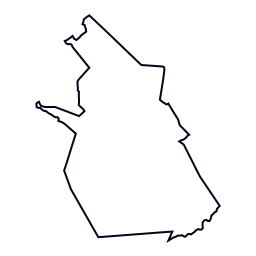 outline of Sumé, Paraíba, Brazil
{"feature_id": "56859067B85735836369597", "entity_name": "Sumé", "entity_type": "district", "adm_level": 2, "iso_a3": "BRA", "parent_name": "Brazil", "parent_adm1": "Paraíba", "projection": "robinson", "projection_center": [-36.914, -7.646], "detail": "fine", "context": "isolated", "style": "outline", "palette": "ink", "viewbox_px": 256, "rotation_deg": 0, "n_neighbors": 0, "source": "geoboundaries", "source_scale": "gbopen_adm2", "svg_char_len": 1746}
<svg xmlns="http://www.w3.org/2000/svg" viewBox="0 0 256 256"><path d="M39.0,101.8L37.4,102.6L36.3,103.8L36.7,107.1L38.5,107.9L40.2,107.8L41.4,109.2L43.8,110.8L45.9,111.1L48.7,113.3L51.2,114.5L52.7,115.6L55.1,117.2L57.6,117.3L58.7,118.6L58.4,121.0L61.9,122.1L64.8,124.0L75.8,133.6L66.1,164.6L64.1,170.5L70.9,189.2L78.6,202.7L91.3,224.9L98.3,237.2L165.9,232.0L172.3,231.6L168.4,240.6L170.1,239.6L171.8,238.5L173.7,237.4L175.9,236.7L177.6,235.6L179.6,235.7L182.0,235.2L183.7,236.2L185.2,236.8L186.5,235.6L187.6,234.4L189.1,233.9L191.0,234.4L192.9,233.0L194.4,232.1L195.5,230.7L198.1,229.1L199.9,229.6L201.5,229.6L202.8,228.2L202.6,225.6L202.6,222.5L204.3,220.3L206.4,219.9L207.8,221.0L209.5,221.0L210.5,219.3L211.1,217.2L211.6,215.2L213.1,214.1L214.7,212.3L216.5,211.4L216.8,209.1L218.2,207.5L219.7,205.9L199.9,176.5L188.7,154.4L183.7,144.5L179.2,141.4L181.0,140.4L183.4,139.6L184.8,138.6L186.2,137.6L187.5,135.7L189.2,134.8L183.8,129.3L181.0,126.5L179.8,125.2L178.9,122.5L178.4,120.0L170.3,106.9L168.3,103.5L166.6,104.5L165.1,103.6L163.3,102.5L161.5,101.1L159.9,99.7L163.1,80.0L164.4,69.8L164.1,67.3L162.7,66.5L161.0,66.4L141.3,65.0L129.9,54.1L121.6,46.1L108.1,33.1L89.3,15.4L87.4,16.6L85.3,18.1L83.8,19.5L83.4,21.9L82.5,24.2L84.6,25.0L85.0,26.7L85.9,29.2L86.2,31.6L81.3,35.3L79.2,37.7L76.4,40.0L74.2,38.8L72.5,35.9L70.7,37.5L66.7,40.2L64.8,40.9L66.1,43.4L68.0,44.2L69.9,44.0L71.5,44.6L72.6,47.0L74.3,49.1L89.3,67.8L87.3,69.9L78.4,79.9L77.5,81.6L77.5,83.8L77.7,86.2L77.9,88.0L77.7,90.2L79.0,91.9L78.8,94.5L78.9,96.7L79.0,100.0L79.0,102.8L78.8,105.1L80.4,106.6L82.0,108.1L83.4,109.4L84.5,111.2L79.1,116.1L57.5,107.9L55.0,107.0L48.3,107.0L45.4,107.0L43.2,106.6L41.0,105.8L39.7,103.6L39.0,101.8Z" fill="none" stroke="#020617" stroke-width="2"/></svg>